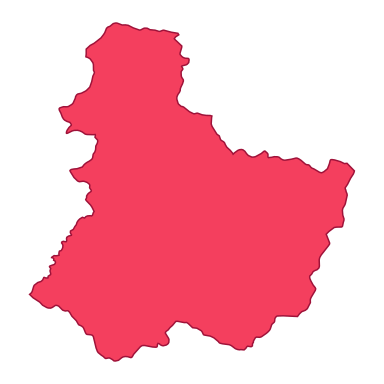 Tay Tra, Quảng Ngãi, Vietnam (orthographic projection)
{"feature_id": "81297802B47494931699472", "entity_name": "Tay Tra", "entity_type": "district", "adm_level": 2, "iso_a3": "VNM", "parent_name": "Vietnam", "parent_adm1": "Quảng Ngãi", "projection": "orthographic", "projection_center": [108.349, 15.187], "detail": "fine", "context": "isolated", "style": "filled", "palette": "rose", "viewbox_px": 384, "rotation_deg": 0, "n_neighbors": 0, "source": "geoboundaries", "source_scale": "gbopen_adm2", "svg_char_len": 5840}
<svg xmlns="http://www.w3.org/2000/svg" viewBox="0 0 384 384"><path d="M31.4,292.8L29.6,294.4L33.1,297.8L39.7,302.1L42.6,305.2L46.7,307.5L48.2,308.0L50.7,308.1L52.4,307.4L55.2,305.5L56.0,305.3L57.5,305.6L58.8,306.2L61.8,309.3L62.8,310.2L65.3,311.0L67.3,310.7L68.4,311.0L69.7,312.4L71.9,316.2L76.3,320.7L78.6,324.7L81.5,326.0L83.2,327.4L84.1,329.3L85.5,332.8L86.3,334.0L87.0,334.4L91.0,334.8L92.2,335.2L93.3,336.4L96.1,348.0L97.4,351.4L98.2,352.6L101.2,355.1L103.3,356.5L104.8,358.0L105.8,358.5L108.2,358.0L109.6,358.0L112.3,359.5L114.0,360.9L115.5,361.0L118.5,360.3L121.7,357.7L123.2,356.9L125.3,356.5L127.7,356.7L130.8,357.6L131.6,357.4L132.3,356.7L133.7,354.2L140.3,346.8L141.7,345.8L142.9,345.5L144.8,345.5L152.6,347.0L156.0,347.2L156.8,347.0L157.3,346.2L157.4,344.6L158.0,343.4L159.4,343.8L160.4,344.8L161.8,345.5L163.1,345.8L166.1,345.1L167.4,344.3L168.2,343.5L168.8,342.4L169.0,339.7L168.6,338.4L165.4,333.2L165.4,332.5L166.2,331.3L168.2,329.9L170.0,327.6L172.5,325.4L175.8,321.4L177.6,321.3L184.3,322.6L186.7,322.5L188.2,323.5L192.6,327.7L196.9,328.2L201.2,330.7L202.0,331.6L203.5,334.7L204.6,335.1L210.3,336.1L212.2,337.0L214.0,337.9L218.4,341.6L219.0,342.5L220.0,343.2L222.5,343.8L229.3,344.7L231.3,345.6L235.4,348.7L237.6,349.5L239.5,349.8L240.8,349.6L244.1,349.9L245.7,348.5L247.0,346.6L247.7,346.2L250.7,346.7L251.5,346.6L252.4,345.9L252.5,343.7L252.8,343.1L253.3,342.7L253.5,341.0L255.4,337.7L256.5,337.1L259.8,337.3L261.4,336.8L266.4,333.3L268.0,331.9L269.5,330.3L270.3,328.9L271.8,324.4L274.2,322.2L274.6,321.4L274.9,318.5L275.7,317.2L276.6,316.3L277.4,316.0L283.1,315.8L297.5,316.5L299.5,313.8L301.7,311.7L305.3,310.3L307.3,308.7L310.4,302.6L310.3,300.1L310.5,298.8L311.3,297.1L315.3,290.4L315.7,288.8L315.1,287.5L313.1,285.0L310.8,280.8L309.7,278.1L309.7,276.1L311.6,274.2L313.0,271.8L313.6,271.3L315.0,270.5L317.1,269.7L318.9,268.0L319.4,266.1L319.2,259.8L319.7,257.6L321.1,255.1L328.7,245.4L329.6,243.9L329.6,242.9L326.2,234.2L329.0,231.4L334.2,227.5L336.7,227.1L341.7,227.0L342.5,226.2L343.3,222.4L343.9,220.5L344.0,218.9L342.8,215.2L342.4,210.4L342.8,208.4L344.9,204.8L345.4,203.4L347.2,195.2L347.0,193.8L346.1,191.6L345.8,190.0L345.3,189.0L345.2,187.8L347.5,184.4L350.5,178.4L353.3,174.1L354.0,172.4L354.4,170.9L347.0,163.3L344.4,163.6L340.3,161.6L334.8,160.0L332.2,159.6L331.2,159.6L330.6,159.9L330.2,160.5L329.4,163.7L327.5,168.7L323.9,171.7L321.9,172.7L321.1,172.7L319.6,172.3L313.7,168.8L312.1,168.2L311.0,167.4L309.5,165.5L308.7,164.9L306.4,164.6L305.5,164.2L301.0,160.3L298.7,158.8L297.0,158.1L295.8,158.1L291.4,159.2L285.0,160.2L283.8,160.1L282.5,159.7L280.9,158.8L279.2,157.3L277.7,156.8L274.2,156.7L271.6,157.3L268.5,157.6L267.9,156.9L268.0,154.6L267.8,153.8L266.9,152.7L264.9,151.0L263.9,151.3L261.3,153.5L255.6,156.6L254.1,157.0L251.9,157.1L248.3,155.5L246.6,153.7L244.9,151.3L242.9,149.8L241.5,149.5L239.5,149.7L237.8,150.4L234.5,152.8L233.1,154.2L232.6,153.2L230.3,150.4L226.8,147.2L225.4,144.8L224.5,142.7L223.5,141.7L221.3,140.4L220.5,139.5L219.3,135.9L216.9,134.2L212.0,126.3L211.2,123.9L211.6,117.6L211.9,116.0L210.2,115.5L206.2,115.4L202.1,114.8L198.0,113.3L197.1,113.1L194.4,113.8L193.5,113.7L189.4,111.7L183.7,107.1L182.6,106.6L181.2,106.4L178.6,104.2L178.1,103.4L176.8,99.1L176.9,96.9L177.9,94.5L179.5,92.2L180.2,90.6L180.3,88.8L181.0,86.9L182.5,83.8L183.4,81.0L183.3,79.8L181.6,77.1L181.3,76.0L181.1,73.1L181.2,71.5L182.8,69.3L182.8,68.5L181.6,66.4L182.0,65.9L186.2,64.8L187.1,64.3L188.7,62.6L189.1,59.8L188.7,58.7L188.2,58.4L185.0,58.2L183.0,57.4L181.7,56.4L180.1,54.5L180.0,53.3L181.7,47.5L181.8,46.0L174.6,39.2L174.3,38.7L175.6,36.9L178.8,34.8L177.9,33.3L171.3,32.2L163.8,30.2L163.1,30.2L159.9,31.4L158.7,31.3L155.1,30.2L150.0,29.7L147.4,28.3L146.7,28.2L144.8,28.1L143.8,28.3L140.7,29.9L139.6,30.1L133.3,27.9L128.2,25.3L125.3,24.9L122.2,25.0L117.4,23.2L116.2,23.0L115.2,23.1L113.2,23.6L110.1,26.2L107.8,27.1L106.5,28.3L104.8,32.6L103.6,34.5L101.0,37.9L94.1,43.3L90.2,45.4L86.2,49.1L86.2,54.0L85.9,56.8L88.3,57.7L90.2,58.9L92.9,62.7L93.4,64.6L93.5,70.4L94.4,72.1L94.2,73.4L92.9,76.1L91.7,81.7L89.8,87.1L86.9,90.0L85.7,91.0L81.4,93.2L77.8,94.0L76.6,94.9L75.6,96.6L75.3,98.2L73.2,102.9L72.6,103.7L71.7,104.5L68.2,106.6L66.3,106.8L63.7,106.7L62.4,107.0L59.8,107.9L59.3,108.4L59.1,108.9L59.3,110.1L60.9,113.2L62.3,117.0L63.5,119.0L64.6,120.1L66.9,121.4L69.9,122.4L71.3,124.5L71.3,125.3L69.0,127.5L67.1,130.3L66.4,132.2L66.5,133.3L66.9,133.4L68.0,133.0L72.3,130.9L74.3,130.4L77.5,130.3L79.7,130.8L82.3,132.0L85.2,134.1L87.0,134.5L93.3,134.7L95.2,134.5L95.4,135.1L95.0,137.3L97.6,140.1L97.7,141.4L97.3,143.2L95.8,146.1L95.6,149.5L95.2,150.9L94.8,152.0L93.2,154.2L92.6,157.9L91.7,159.4L89.2,161.2L87.3,162.2L85.4,163.5L84.0,164.8L82.3,167.0L77.1,168.7L73.8,169.0L71.2,169.5L70.0,170.4L70.0,170.9L70.7,172.2L74.0,177.5L77.5,180.9L78.7,181.5L79.6,181.7L83.2,181.2L84.7,181.5L87.3,182.5L89.5,184.4L89.8,185.4L89.6,187.8L91.1,190.1L91.3,190.8L91.0,191.5L88.6,193.2L87.6,194.3L86.6,196.0L86.6,197.7L85.7,199.6L86.2,200.5L90.6,205.1L92.1,207.4L94.1,211.5L93.4,212.5L92.4,215.3L91.9,215.7L91.5,215.9L90.1,215.7L87.6,215.9L85.9,216.6L84.6,218.0L82.4,217.3L79.8,218.9L78.2,220.5L77.0,222.4L76.3,224.7L74.9,226.5L73.3,229.4L70.5,231.0L70.3,232.3L70.6,233.3L71.5,234.7L71.4,235.3L68.5,236.1L66.8,237.3L66.5,238.5L66.7,240.7L66.3,241.6L65.3,241.7L63.2,241.3L61.7,242.1L61.6,243.0L62.3,243.9L62.9,245.3L62.8,247.3L62.2,249.0L61.4,250.3L60.9,250.7L59.6,251.0L59.3,251.3L58.9,253.2L59.0,255.3L56.0,255.8L54.1,255.6L51.7,257.3L51.6,257.6L52.8,257.9L53.6,258.5L53.8,259.1L53.6,260.2L55.1,261.1L55.5,262.2L55.1,263.5L54.4,264.4L51.2,265.5L49.9,266.0L49.5,266.5L49.6,267.0L50.7,268.4L50.0,270.9L50.7,273.6L50.6,274.6L48.2,276.2L47.9,277.9L45.8,278.0L44.3,277.4L43.8,277.5L42.7,279.9L41.8,280.8L40.9,281.5L37.8,282.5L34.3,285.2L33.7,286.3L32.2,291.4L31.4,292.8Z" fill="#f43f5e" stroke="#9f1239" stroke-width="1.5"/></svg>